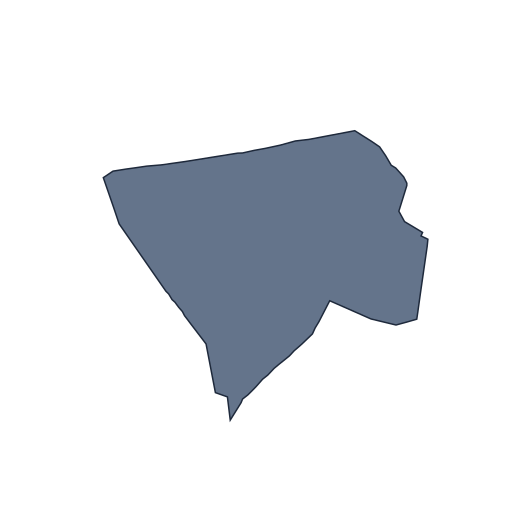 Aleg, Brakna, Mauritania (Equal Earth projection), rotated 298°
{"feature_id": "47542326B53604404291210", "entity_name": "Aleg", "entity_type": "district", "adm_level": 2, "iso_a3": "MRT", "parent_name": "Mauritania", "parent_adm1": "Brakna", "projection": "equal_earth", "projection_center": [-13.702, 17.041], "detail": "fine", "context": "isolated", "style": "filled", "palette": "slate", "viewbox_px": 512, "rotation_deg": 298, "n_neighbors": 0, "source": "geoboundaries", "source_scale": "gbopen_adm2", "svg_char_len": 996}
<svg xmlns="http://www.w3.org/2000/svg" viewBox="0 0 512 512"><g transform="rotate(298 256 256)"><path d="M413.0,284.4L383.8,248.0L376.0,236.7L365.2,225.3L355.4,213.7L348.4,204.8L340.6,195.7L338.2,191.5L306.3,149.3L291.9,129.5L284.1,117.4L277.2,108.0L272.0,100.8L263.8,89.9L253.5,84.4L230.7,108.9L220.1,120.1L182.6,193.0L181.5,196.7L178.1,202.3L177.1,206.3L176.0,208.5L174.3,212.1L172.4,217.1L169.7,221.0L168.5,223.7L165.6,229.9L154.9,253.2L116.3,284.3L118.2,296.9L99.0,310.3L119.5,311.7L123.4,311.3L129.5,314.0L134.6,315.6L140.4,317.3L150.4,319.7L156.4,322.3L165.2,324.7L171.1,327.1L183.5,332.4L190.3,334.2L199.7,337.8L213.7,342.4L220.3,342.0L227.4,342.4L251.1,342.1L254.4,387.1L260.8,412.0L268.4,420.1L275.7,427.6L282.7,425.1L300.5,418.6L344.9,402.6L351.5,399.9L351.2,392.3L355.0,392.0L356.1,371.0L362.6,361.1L389.0,356.1L391.1,355.0L395.2,349.2L399.3,338.0L399.6,332.8L405.4,323.4L410.4,313.9L411.5,303.9L412.3,293.1L413.0,284.4Z" fill="#64748b" stroke="#1e293b" stroke-width="1.5"/></g></svg>